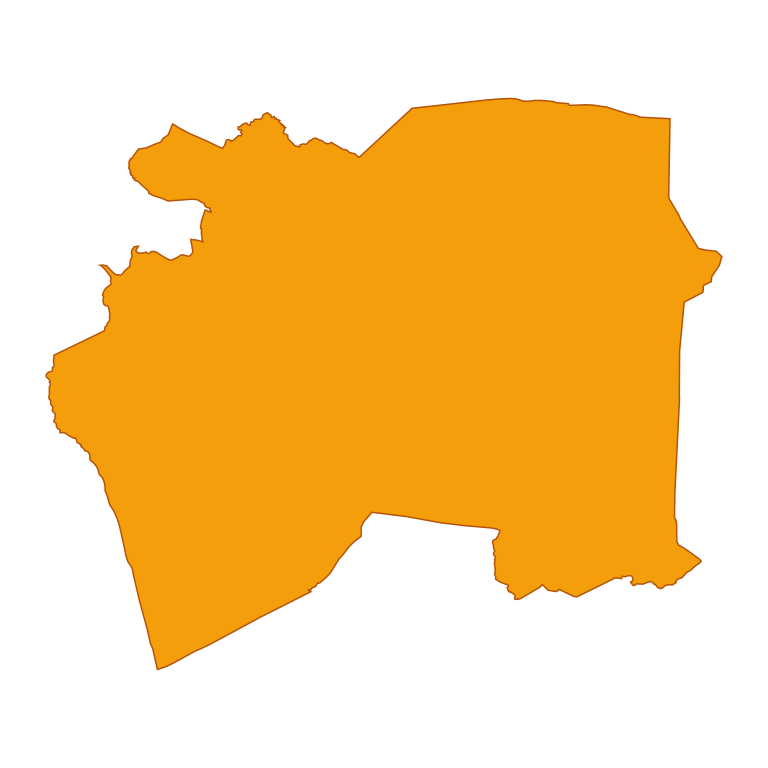 outline of Chilchota, Michoacán, Mexico
{"feature_id": "50627088B35949960945734", "entity_name": "Chilchota", "entity_type": "district", "adm_level": 2, "iso_a3": "MEX", "parent_name": "Mexico", "parent_adm1": "Michoacán", "projection": "albers", "projection_center": [-102.11, 19.805], "detail": "fine", "context": "isolated", "style": "filled", "palette": "amber", "viewbox_px": 768, "rotation_deg": 0, "n_neighbors": 0, "source": "geoboundaries", "source_scale": "gbopen_adm2", "svg_char_len": 6065}
<svg xmlns="http://www.w3.org/2000/svg" viewBox="0 0 768 768"><path d="M53.9,355.2L54.2,356.4L53.5,360.0L53.6,362.9L54.1,364.8L53.9,366.0L53.4,366.9L52.5,367.3L52.5,369.4L52.1,370.9L51.1,371.6L49.4,371.8L47.7,372.9L46.7,374.0L46.1,375.3L46.4,377.0L49.5,379.8L49.9,380.8L49.3,381.9L50.2,382.7L50.5,384.4L49.3,387.0L49.4,393.4L48.8,398.0L49.5,399.4L50.6,400.3L50.7,404.3L52.9,407.0L52.3,410.7L55.1,413.9L55.2,415.4L54.9,416.7L55.4,417.8L54.1,420.2L53.9,421.6L54.3,422.3L55.6,422.8L56.1,423.5L56.5,426.6L57.8,428.6L59.9,429.8L60.1,432.8L63.2,432.6L65.3,433.1L68.1,435.2L73.2,438.0L75.0,438.2L76.1,438.8L77.1,442.4L81.3,445.0L81.0,446.6L83.3,448.3L85.0,450.9L87.2,451.2L88.0,452.0L89.7,454.6L90.0,459.2L90.9,461.0L92.8,462.1L96.0,465.7L97.7,468.5L99.4,474.7L101.4,476.5L102.8,478.5L103.9,481.2L104.7,484.6L105.1,487.4L105.0,490.3L107.1,495.5L108.8,501.9L109.8,504.8L113.8,511.0L117.1,518.2L119.3,525.2L124.0,545.8L125.8,555.2L128.0,562.0L129.9,564.5L132.3,568.6L133.5,575.2L139.4,600.4L147.5,630.2L150.6,644.1L152.7,648.6L157.4,669.5L166.3,666.5L171.8,663.9L195.0,651.2L201.2,648.6L211.9,643.3L259.9,617.4L310.8,591.7L309.1,590.8L308.4,590.1L308.5,589.6L310.9,589.8L311.7,588.3L312.6,587.6L313.8,587.4L315.7,586.4L317.7,582.9L318.3,583.3L320.0,582.8L326.3,577.2L330.5,572.7L339.0,559.0L342.7,555.0L348.7,547.1L354.2,541.6L361.1,536.4L361.4,531.5L361.0,527.2L363.9,521.5L372.0,512.3L406.8,516.6L440.8,522.8L465.2,525.7L491.9,528.0L497.3,529.3L499.2,530.1L500.0,530.8L498.1,535.7L496.1,539.1L493.9,539.8L492.8,541.0L492.7,542.8L493.6,546.5L493.7,548.6L494.9,550.8L493.7,552.5L493.6,554.3L493.9,555.1L495.3,556.4L495.5,558.1L494.5,559.5L494.9,560.5L494.3,563.6L495.2,567.7L495.2,571.6L494.7,573.3L495.0,575.2L495.7,576.6L495.7,579.2L500.2,582.1L506.4,584.5L507.2,584.4L508.2,585.1L508.4,585.6L508.2,586.9L507.4,587.1L507.2,587.5L507.9,590.4L509.3,592.0L510.7,591.7L511.2,592.5L513.7,594.0L515.2,595.5L515.2,596.4L514.6,597.3L515.0,599.4L519.0,599.1L520.9,598.4L540.2,587.0L541.9,585.0L542.8,585.0L547.6,589.8L548.5,590.3L555.9,591.6L558.1,590.5L558.5,589.7L559.3,589.5L572.9,596.0L576.0,596.9L577.2,596.7L612.5,579.3L614.1,578.2L617.5,578.0L621.5,578.6L622.4,576.3L624.9,576.8L626.5,576.2L627.1,575.7L628.1,576.0L629.2,575.6L630.7,575.6L631.7,576.0L632.7,577.8L633.0,579.1L632.3,581.1L630.7,582.0L630.6,582.5L632.0,583.8L632.5,585.0L633.3,585.4L634.1,585.5L635.0,585.2L636.2,583.9L643.1,584.1L648.9,581.8L651.1,581.6L653.3,583.2L654.2,584.3L655.2,584.4L657.7,587.5L660.9,588.6L663.2,587.6L664.9,585.7L666.8,585.0L673.3,584.7L674.5,583.3L676.1,582.7L676.1,581.2L676.6,580.2L677.5,579.4L678.6,578.8L681.8,577.8L686.7,572.5L690.3,570.5L695.7,565.7L699.4,563.2L701.1,561.3L700.7,560.5L698.9,558.7L685.2,548.9L678.7,545.1L676.8,541.6L676.6,523.6L675.9,520.1L674.5,517.4L674.9,491.8L679.5,399.0L679.3,395.3L679.6,351.1L684.2,302.1L702.8,292.4L703.4,289.3L703.1,286.5L704.4,284.9L711.2,281.8L711.8,276.6L719.4,265.2L721.9,256.6L716.3,251.3L703.8,249.8L698.3,248.3L680.5,219.2L678.8,215.0L669.3,199.0L668.7,196.7L670.0,118.7L640.7,117.2L632.7,114.5L629.5,114.4L606.8,107.1L592.1,105.0L585.6,104.8L569.2,105.4L568.5,103.6L556.9,102.8L553.2,101.5L540.9,100.4L534.1,100.5L528.4,101.3L522.7,101.0L516.4,98.9L511.1,98.5L501.5,98.8L487.4,99.9L412.1,108.3L359.0,157.5L354.7,153.7L349.9,152.7L346.6,150.0L344.8,149.5L343.1,149.5L331.2,142.3L330.0,143.5L327.1,143.8L324.4,142.7L322.1,140.8L319.1,139.9L316.3,138.3L313.7,138.3L311.4,140.1L309.8,140.4L306.2,144.4L303.8,143.9L300.2,144.7L299.7,147.0L298.5,146.3L297.1,146.4L295.1,145.9L287.9,138.6L287.7,135.2L283.3,133.0L283.5,131.7L284.3,130.3L284.6,128.4L285.5,127.5L284.6,127.0L284.0,127.2L283.4,126.7L284.0,126.2L282.4,124.5L281.4,125.1L280.9,123.0L279.2,122.4L278.8,121.1L279.8,120.4L277.0,119.4L276.5,119.0L276.4,118.3L275.1,118.9L274.5,116.9L273.9,116.4L272.2,117.5L271.3,117.3L271.2,116.0L270.7,114.9L268.5,113.8L267.8,112.8L266.8,112.8L265.5,113.7L264.0,114.2L263.0,115.2L262.5,116.8L261.3,118.7L258.9,119.3L255.1,119.2L254.0,120.1L253.5,121.4L252.8,121.9L251.1,121.9L249.9,125.4L247.9,124.7L246.8,123.1L244.9,123.3L241.7,124.8L240.7,126.4L238.2,126.8L238.1,128.7L238.4,129.5L239.3,130.1L241.2,129.7L241.7,130.6L240.7,132.4L242.0,133.9L240.8,135.9L239.6,135.5L238.2,135.8L233.4,140.4L231.9,140.7L231.4,141.3L230.2,140.1L228.2,139.6L226.8,139.9L226.3,140.3L224.9,144.7L222.8,148.2L218.6,146.8L207.8,141.5L189.9,133.7L179.9,128.4L172.6,123.9L168.3,134.8L162.6,138.8L160.7,142.2L157.1,143.3L145.9,148.0L138.6,149.0L137.8,149.9L133.1,156.4L132.2,158.4L130.9,158.4L130.2,159.2L129.8,160.7L129.1,161.1L129.2,163.2L128.8,164.2L129.5,166.0L128.6,167.3L128.8,168.4L129.8,169.4L129.9,170.7L130.7,171.5L130.7,172.1L130.3,172.3L130.0,173.0L131.3,173.7L130.9,174.5L131.1,175.2L131.7,175.2L132.4,175.8L132.7,176.5L132.6,177.4L133.0,177.9L134.6,177.9L134.1,179.6L134.4,179.9L135.6,180.0L135.8,180.8L138.3,181.5L140.0,183.5L148.7,191.3L148.8,193.3L152.9,195.4L162.4,198.5L168.0,201.0L190.5,199.3L195.3,199.4L197.9,200.0L200.5,201.8L204.0,203.3L204.7,205.7L206.2,207.0L207.6,207.7L210.0,208.1L209.7,209.6L210.1,210.3L211.0,210.9L211.1,212.2L210.7,212.4L209.7,212.2L206.8,210.4L205.1,210.0L201.4,221.4L200.5,228.5L201.5,228.7L201.4,233.2L202.2,240.3L202.9,241.8L196.7,240.1L190.7,239.4L192.7,250.3L192.6,252.6L190.4,255.3L189.1,256.4L182.6,254.8L180.7,255.1L178.1,257.0L171.4,260.3L169.4,259.8L165.1,257.7L159.6,254.3L158.2,253.1L155.4,251.8L153.7,251.4L151.2,251.5L149.4,253.5L147.5,253.3L146.0,252.1L142.7,253.1L138.2,253.0L136.0,251.1L136.0,250.3L138.4,246.2L134.2,246.8L131.8,250.2L131.4,253.2L132.2,256.2L130.4,260.2L130.0,263.1L130.1,264.8L129.5,266.7L125.3,270.2L121.7,274.5L120.5,275.1L116.0,274.6L114.9,274.0L112.5,272.0L106.7,265.8L102.3,265.0L100.1,265.3L101.5,265.9L105.2,269.6L110.8,276.8L110.9,277.8L110.8,279.5L110.4,280.8L111.1,283.4L111.0,284.3L106.0,288.1L104.2,290.5L103.2,292.7L102.6,295.2L103.5,296.3L103.0,300.8L103.7,304.1L105.1,305.4L107.4,305.9L108.6,307.3L109.9,314.6L109.4,317.8L109.8,319.8L108.5,322.1L107.5,322.9L106.7,325.9L105.2,326.6L104.4,330.8L53.9,355.2Z" fill="#f59e0b" stroke="#b45309" stroke-width="1.5"/></svg>